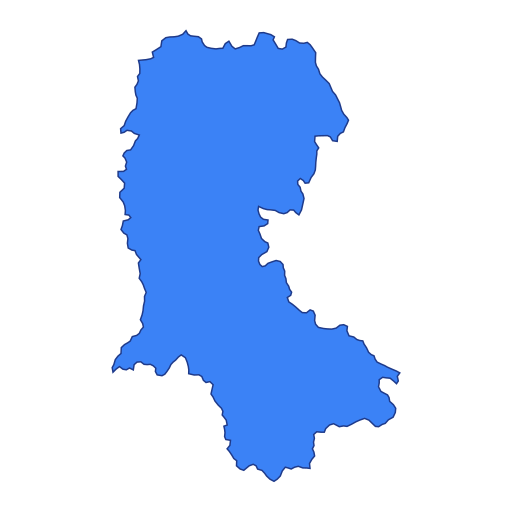 Novo Oriente de Minas, Minas Gerais, Brazil (Albers equal-area conic projection)
{"feature_id": "56859067B87860845609975", "entity_name": "Novo Oriente de Minas", "entity_type": "district", "adm_level": 2, "iso_a3": "BRA", "parent_name": "Brazil", "parent_adm1": "Minas Gerais", "projection": "albers", "projection_center": [-41.219, -17.24], "detail": "fine", "context": "isolated", "style": "filled", "palette": "blue", "viewbox_px": 512, "rotation_deg": 0, "n_neighbors": 0, "source": "geoboundaries", "source_scale": "gbopen_adm2", "svg_char_len": 5150}
<svg xmlns="http://www.w3.org/2000/svg" viewBox="0 0 512 512"><path d="M274.4,36.8L270.8,34.6L267.2,33.6L263.7,32.6L259.2,32.9L257.3,37.2L255.7,41.2L254.2,44.8L251.0,45.8L247.8,45.7L243.3,45.7L239.6,47.5L235.2,48.9L231.9,46.3L228.9,41.2L225.3,43.6L222.8,48.3L219.6,48.4L216.0,48.9L211.1,48.3L206.9,47.3L204.5,45.5L202.2,41.9L201.5,38.9L198.4,36.7L193.6,36.2L190.5,35.8L187.9,34.1L186.0,30.7L182.7,34.3L178.2,36.2L174.2,36.8L169.6,37.0L165.8,37.7L161.8,40.8L160.9,46.7L156.4,49.6L152.3,52.1L153.6,57.4L150.7,58.8L146.0,59.7L142.6,60.0L138.5,60.4L139.5,64.5L139.9,69.0L139.8,73.5L137.5,76.5L138.4,80.9L137.0,84.3L134.9,87.2L135.3,91.8L135.9,95.1L137.3,98.2L137.0,102.9L136.0,108.7L133.0,110.3L130.6,112.7L128.1,116.8L125.7,121.2L124.2,125.6L120.6,128.7L121.0,133.1L124.1,132.3L127.0,130.3L131.4,131.0L134.3,133.4L139.3,135.0L137.6,138.6L135.4,140.9L133.6,145.6L130.6,149.9L126.8,150.5L124.2,153.0L122.9,155.9L125.0,158.1L126.7,162.1L125.4,166.1L126.5,169.3L123.5,171.4L118.1,171.5L118.1,176.4L121.3,179.5L124.6,183.1L124.2,188.2L119.9,192.3L119.7,197.6L123.2,202.0L124.7,205.8L125.4,210.5L125.1,214.5L128.9,215.1L130.8,217.6L128.2,219.8L123.3,221.0L122.4,225.6L121.0,229.5L123.8,233.1L126.9,234.9L127.9,238.6L127.4,243.3L128.2,248.0L131.9,250.1L135.0,250.6L136.5,254.5L138.8,257.2L140.9,259.6L138.4,263.0L139.2,268.2L140.2,273.7L139.2,278.3L141.7,281.7L143.3,284.9L144.5,288.4L146.2,292.4L144.5,296.5L144.6,301.1L143.5,305.9L143.0,310.9L142.1,314.9L140.4,319.7L142.7,323.6L143.4,327.1L140.9,330.0L139.3,333.4L136.7,335.4L132.3,336.6L130.2,341.1L127.7,342.8L124.5,344.6L121.3,347.6L121.0,353.5L117.9,356.2L115.3,359.6L113.8,364.7L112.2,367.6L113.0,372.2L116.2,369.0L119.5,366.6L122.9,369.2L126.3,369.8L129.5,368.0L133.3,369.9L134.1,364.7L137.0,362.1L140.8,361.8L144.0,364.3L147.2,364.6L150.3,364.3L153.3,365.8L155.8,368.2L155.4,371.5L157.2,374.9L162.0,375.7L164.8,374.2L166.9,371.5L169.3,367.9L170.9,364.5L173.1,362.1L175.6,360.1L178.4,357.0L181.2,354.9L185.4,357.7L187.2,362.2L188.3,366.4L188.8,369.9L188.7,373.7L194.2,375.0L198.9,374.8L201.8,376.5L203.4,380.3L206.0,382.5L209.9,381.6L213.1,384.7L211.9,390.0L211.0,394.0L213.0,396.9L215.0,401.1L218.3,405.2L221.4,408.2L222.9,411.3L222.2,415.0L224.1,417.3L226.2,420.1L227.2,425.0L223.9,426.2L224.6,429.4L225.0,432.7L224.6,436.6L225.8,439.5L230.5,440.3L229.9,445.4L227.1,448.8L229.4,451.5L231.8,455.1L233.8,458.5L236.7,460.7L236.5,465.8L240.1,469.0L243.8,470.3L246.3,468.2L249.2,465.8L253.2,464.3L256.1,465.8L257.6,469.1L262.0,470.4L264.7,473.3L266.6,476.0L270.0,479.2L274.0,481.3L277.2,479.2L280.3,476.0L282.3,470.9L285.3,467.2L288.3,468.0L291.2,469.0L294.6,467.2L298.3,466.3L302.8,467.9L306.9,468.0L310.0,468.4L309.5,463.5L311.8,459.4L314.6,456.0L313.9,452.1L312.4,448.8L314.0,445.6L313.5,442.1L314.4,438.4L313.7,434.5L316.7,431.8L321.2,432.2L324.3,432.2L325.7,428.6L329.5,425.0L333.6,423.7L336.5,425.2L339.3,426.7L343.6,425.9L347.0,426.4L351.6,424.2L356.1,421.7L360.0,420.0L364.6,418.4L368.9,420.1L372.6,423.7L375.4,426.4L378.6,426.7L382.2,424.4L385.2,423.4L388.4,419.8L393.1,417.2L395.3,412.5L395.7,408.3L393.4,404.7L389.7,401.4L389.0,397.5L387.5,394.9L384.4,393.3L380.9,391.4L378.5,386.8L379.2,382.9L379.2,379.7L382.6,377.3L385.9,377.8L390.1,378.2L393.6,381.0L396.5,383.7L398.3,381.0L397.3,376.3L399.8,372.9L396.3,371.0L391.8,369.1L387.5,367.2L384.7,365.6L381.0,364.0L377.1,362.1L375.1,359.1L374.0,355.8L371.2,354.6L368.6,352.3L366.5,347.8L364.0,344.0L362.8,340.9L359.7,340.5L356.8,339.5L353.8,337.0L349.0,335.8L346.9,330.8L347.4,326.4L343.7,324.7L339.9,325.2L336.2,328.1L331.8,329.1L327.2,328.9L323.5,328.5L318.4,327.4L315.6,324.2L314.6,320.6L315.1,315.2L313.3,311.1L310.1,309.9L306.5,312.8L302.2,312.6L299.1,310.1L295.7,307.0L292.4,304.3L288.8,301.9L287.3,297.5L290.7,295.3L291.6,292.2L289.6,289.3L288.7,286.2L286.4,282.7L285.9,278.6L284.6,275.4L284.7,271.1L283.3,267.8L283.0,264.5L280.2,261.5L276.1,260.5L271.8,261.9L268.0,263.3L265.2,265.9L262.2,266.6L259.9,264.5L258.5,261.1L258.7,257.6L261.7,254.6L266.9,251.6L268.8,247.2L267.8,243.0L264.9,241.7L261.5,238.5L259.9,233.9L258.3,230.3L259.1,226.6L264.1,225.9L267.7,223.6L268.0,220.0L263.4,219.3L260.6,217.1L259.0,213.8L258.0,210.1L258.6,206.4L263.4,208.6L267.2,209.6L270.3,209.8L275.2,210.4L279.1,212.6L283.8,213.7L287.1,212.6L290.1,209.9L293.7,210.1L295.8,212.6L298.9,214.9L301.5,209.9L302.9,203.6L304.0,198.5L302.9,194.0L301.0,191.2L300.1,187.2L297.8,184.4L297.6,181.0L300.3,178.5L303.3,180.5L305.1,183.2L308.7,182.8L311.1,177.5L313.9,173.8L315.3,170.0L315.6,166.4L315.8,162.2L316.3,157.7L316.8,154.1L316.8,150.9L318.7,147.9L316.6,144.8L314.6,141.6L315.0,136.2L318.4,135.8L323.1,135.7L327.5,135.6L330.3,136.9L332.6,140.7L337.2,141.4L337.7,136.3L340.3,133.4L343.4,131.9L344.9,127.8L347.1,123.6L348.5,120.2L346.9,117.6L343.8,114.2L341.6,110.3L340.7,106.9L339.5,102.7L337.8,99.4L335.6,95.0L332.5,91.4L330.8,87.4L329.2,83.6L325.6,80.0L322.4,77.0L319.9,73.8L318.5,69.3L316.4,65.9L315.4,62.4L315.5,57.1L315.7,52.7L313.8,49.9L312.1,47.4L310.1,44.7L307.3,42.4L303.8,43.3L299.6,43.0L295.8,40.6L292.2,39.2L287.6,39.5L286.4,43.0L285.9,47.1L282.3,49.1L278.2,48.4L275.8,44.3L273.1,39.9L274.4,36.8Z" fill="#3b82f6" stroke="#1e3a8a" stroke-width="1.5"/></svg>